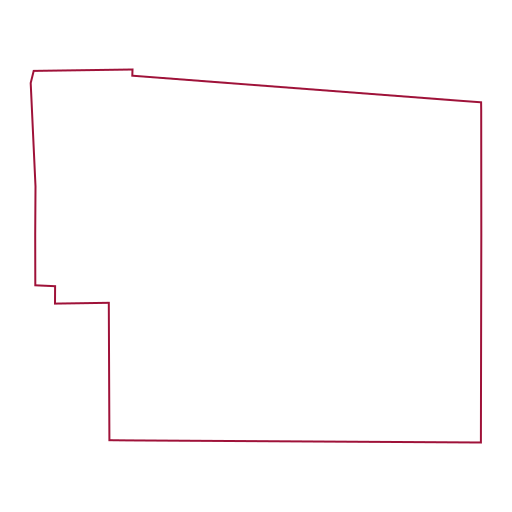 Hardin, Ohio, United States of America, rotated 180°
{"feature_id": "52423323B45782198481298", "entity_name": "Hardin", "entity_type": "district", "adm_level": 2, "iso_a3": "USA", "parent_name": "United States of America", "parent_adm1": "Ohio", "projection": "robinson", "projection_center": [-83.573, 40.662], "detail": "fine", "context": "isolated", "style": "outline", "palette": "rose", "viewbox_px": 512, "rotation_deg": 180, "n_neighbors": 0, "source": "geoboundaries", "source_scale": "gbopen_adm2", "svg_char_len": 374}
<svg xmlns="http://www.w3.org/2000/svg" viewBox="0 0 512 512"><g transform="rotate(180 256 256)"><path d="M478.3,441.1L481.3,429.0L476.5,325.5L476.8,277.8L476.7,226.7L456.9,225.8L457.0,208.4L403.2,209.2L402.6,71.8L383.7,71.6L31.1,69.5L30.7,276.4L30.8,401.6L30.9,409.7L54.1,411.4L379.7,436.3L379.5,442.5L478.3,441.1Z" fill="none" stroke="#9f1239" stroke-width="2"/></g></svg>